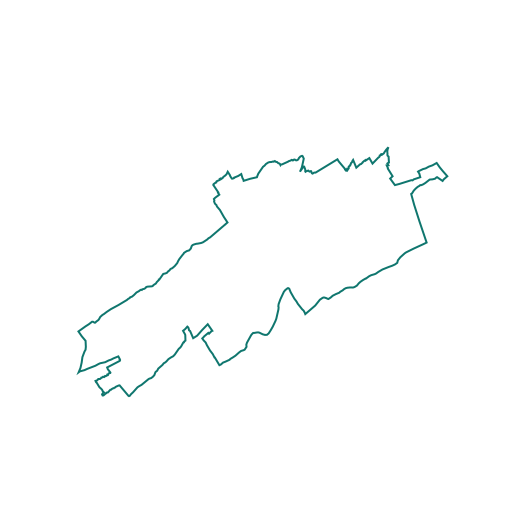 Coroiesti, Bacau, Romania (Equal Earth projection), rotated 249°
{"feature_id": "2599482B8243132142430", "entity_name": "Coroiesti", "entity_type": "district", "adm_level": 2, "iso_a3": "ROU", "parent_name": "Romania", "parent_adm1": "Bacau", "projection": "equal_earth", "projection_center": [27.499, 46.29], "detail": "fine", "context": "isolated", "style": "outline", "palette": "teal", "viewbox_px": 512, "rotation_deg": 249, "n_neighbors": 0, "source": "geoboundaries", "source_scale": "gbopen_adm2", "svg_char_len": 6073}
<svg xmlns="http://www.w3.org/2000/svg" viewBox="0 0 512 512"><g transform="rotate(249 256 256)"><path d="M310.9,381.1L310.2,380.1L309.2,379.3L308.6,377.9L307.3,377.0L307.2,376.5L306.6,376.1L306.4,375.0L306.1,374.5L304.8,374.1L304.5,373.8L304.1,373.1L304.7,372.9L304.8,372.5L303.3,372.1L303.0,371.6L303.9,371.1L303.6,370.6L304.8,370.1L305.1,370.4L314.7,367.1L317.1,366.7L312.5,341.5L312.8,341.0L313.0,339.9L312.7,339.0L312.7,338.2L313.4,337.8L315.4,337.9L315.6,337.7L315.5,336.4L315.7,336.1L317.0,335.4L317.1,333.2L316.9,332.4L317.4,332.3L318.7,332.9L319.7,333.0L322.2,333.0L322.4,332.7L322.5,332.5L319.5,328.0L319.6,327.9L321.8,330.1L323.1,331.1L329.8,335.5L332.5,335.3L333.0,334.9L333.0,333.2L332.2,331.4L331.5,330.5L331.0,330.1L330.7,328.6L330.9,327.7L332.2,326.7L332.3,326.1L332.0,325.2L332.0,324.9L332.4,324.9L332.4,324.3L333.0,323.6L332.7,322.6L332.8,320.4L332.6,319.9L332.2,313.3L332.4,311.8L332.1,311.4L333.5,311.3L334.2,310.7L334.6,310.1L336.2,309.3L336.7,308.4L337.9,307.6L337.7,306.6L337.9,306.4L337.8,306.1L338.2,305.3L338.2,304.2L338.8,302.4L338.9,300.9L338.3,298.2L337.3,296.4L336.8,294.6L332.1,287.7L330.2,285.9L329.2,285.1L330.2,278.1L330.6,271.4L332.0,271.6L333.4,271.3L337.8,271.6L337.1,268.1L337.0,263.7L336.7,263.6L336.6,263.0L336.6,261.9L336.9,261.2L339.5,260.6L341.0,260.6L344.8,259.8L342.8,257.7L341.9,255.4L341.6,254.0L340.8,252.9L340.4,251.4L340.9,251.3L341.1,250.8L340.9,249.8L340.3,249.9L340.0,249.5L339.9,246.3L339.7,245.7L338.9,245.3L338.8,243.9L338.3,242.2L337.8,242.0L337.6,241.6L328.9,243.6L328.7,243.2L326.4,243.7L325.0,238.7L324.3,237.1L322.9,237.1L321.9,236.4L320.2,236.4L319.1,236.6L317.8,237.3L316.2,237.3L311.9,238.8L303.9,240.0L297.5,241.4L289.8,219.7L289.6,218.0L288.9,216.4L287.8,211.4L287.8,209.5L288.4,206.1L288.8,204.6L289.0,201.9L288.9,200.7L288.4,199.6L286.3,197.8L285.2,195.6L285.4,193.1L284.7,189.9L284.2,189.4L283.1,187.4L280.6,183.3L279.1,181.4L277.6,179.9L275.7,176.5L274.6,173.4L274.6,172.3L274.4,171.3L273.8,170.4L273.4,169.6L273.3,168.8L272.2,166.7L272.2,165.2L272.5,163.0L268.8,157.5L268.9,156.9L268.4,156.7L267.2,154.0L266.2,152.7L265.6,149.9L265.0,148.8L265.0,147.9L266.2,144.0L266.4,142.5L265.8,141.5L265.4,140.1L265.6,138.4L265.6,137.9L265.2,137.2L265.7,136.6L265.7,135.9L265.1,133.9L264.8,131.4L263.3,128.1L262.5,125.7L262.5,123.6L262.0,123.0L261.8,121.4L261.2,119.7L259.5,110.0L258.4,101.5L257.3,96.6L256.3,93.2L256.0,91.5L254.9,88.7L253.5,87.1L252.7,85.9L252.0,83.3L251.4,82.1L251.6,81.4L253.1,80.2L253.4,79.4L252.2,75.5L251.4,71.6L249.2,63.2L243.4,64.6L237.9,66.5L232.2,64.6L229.6,63.3L228.3,61.7L223.8,57.7L218.9,55.0L214.4,52.0L211.0,48.8L211.4,50.2L210.9,55.0L211.1,58.1L211.1,66.7L211.6,70.3L211.7,72.1L210.9,77.1L211.3,81.1L211.2,83.7L211.5,86.1L211.6,91.5L208.3,91.9L208.2,91.6L207.2,91.6L206.9,91.2L205.3,77.1L203.4,77.1L199.4,78.3L199.0,78.0L199.2,76.4L199.0,76.0L198.0,75.3L197.9,75.0L198.4,74.5L197.9,74.1L197.7,72.8L198.1,72.1L197.5,71.3L197.4,70.7L198.1,70.0L197.7,68.7L197.9,68.1L197.6,67.8L197.1,66.3L197.7,64.7L196.9,63.4L196.9,61.4L195.4,61.5L195.2,61.8L189.6,62.8L187.5,63.9L186.2,64.4L184.9,64.4L183.3,65.1L182.9,64.0L182.0,62.7L180.8,62.8L180.5,63.6L181.1,65.4L181.6,66.3L181.5,67.0L182.0,67.6L181.7,68.9L183.3,72.0L183.1,72.8L183.5,73.7L183.7,75.3L183.5,75.8L183.7,76.2L183.7,77.2L184.1,78.0L184.2,79.1L184.3,81.4L184.1,82.3L171.2,86.8L170.7,87.2L170.7,88.0L171.8,89.8L172.8,92.3L175.9,98.3L176.4,100.6L176.7,102.9L179.6,111.6L179.7,112.5L179.6,114.4L180.2,116.4L181.2,118.4L183.4,120.3L183.8,120.9L184.3,122.6L185.9,124.4L187.8,129.6L188.9,131.4L189.2,133.3L189.8,134.8L191.1,137.3L191.8,140.4L192.1,142.8L193.1,144.9L197.0,150.6L197.7,152.5L198.5,153.8L201.2,157.0L201.5,157.6L201.3,157.9L202.0,158.6L202.3,159.8L207.4,161.6L208.1,161.7L212.3,161.1L213.2,163.8L214.7,166.6L214.2,166.9L213.0,167.2L210.6,166.9L209.6,167.6L201.8,167.9L202.7,172.5L206.2,179.2L209.6,186.5L201.8,188.4L201.8,187.6L200.3,184.3L201.3,183.9L199.5,178.7L199.2,178.3L198.3,176.3L195.9,176.9L193.3,178.0L190.4,178.2L184.3,179.2L179.9,180.5L176.1,180.9L176.0,181.2L167.2,182.7L167.3,184.4L168.3,187.0L168.3,189.6L168.6,194.2L169.1,195.1L169.6,198.0L170.3,201.1L172.0,205.6L172.7,208.1L172.5,210.6L172.6,211.8L174.6,214.6L176.7,215.2L178.3,216.5L183.6,222.8L184.3,223.8L185.2,225.8L184.8,226.8L184.3,229.4L183.9,230.7L183.2,231.7L180.5,234.2L179.1,236.1L178.5,238.0L179.2,240.1L181.4,243.1L184.0,246.3L188.4,250.9L190.2,252.5L198.1,257.8L200.2,258.8L201.0,258.8L203.0,259.9L206.8,263.2L212.6,269.2L213.7,271.1L214.6,274.0L214.3,274.8L213.5,275.3L209.7,275.4L202.5,276.5L199.0,277.5L196.4,277.9L189.7,280.0L187.9,280.9L185.6,281.2L184.1,281.2L188.5,293.5L192.3,300.0L193.0,302.9L193.1,303.9L192.7,305.0L191.5,306.5L190.3,307.6L189.9,308.2L190.5,311.0L191.4,313.3L191.8,316.8L191.9,320.6L192.4,321.7L192.9,324.7L193.5,326.3L193.8,328.2L193.6,330.0L192.9,332.6L191.8,335.3L191.7,336.8L192.2,339.6L193.7,342.2L194.5,344.3L195.2,347.2L195.7,350.2L195.5,350.4L196.6,354.5L196.8,356.7L196.5,360.3L196.6,361.8L197.3,364.5L198.1,369.2L198.2,376.0L198.1,379.6L198.3,382.7L199.0,385.4L201.1,386.9L203.1,390.3L205.2,395.8L205.6,397.5L206.4,405.8L207.1,416.7L207.4,420.1L229.8,421.0L247.0,422.0L258.3,423.1L258.6,424.2L260.5,426.7L261.7,429.2L262.6,431.7L262.9,433.6L263.3,434.7L262.9,435.7L263.0,437.8L263.5,440.3L265.1,445.5L264.3,448.3L264.0,450.8L264.7,452.7L264.7,453.3L259.2,457.1L260.3,458.8L261.9,463.2L268.4,460.8L272.9,459.3L278.1,458.0L277.4,453.2L277.5,449.4L277.0,445.8L277.3,443.0L276.9,438.4L276.7,437.5L274.4,438.0L270.7,437.6L271.0,430.7L270.5,429.3L271.1,428.2L271.9,415.6L272.4,411.1L280.2,409.0L281.5,412.1L290.4,410.4L290.8,410.7L293.7,410.5L293.3,412.1L295.3,411.8L295.6,412.8L295.6,413.6L301.3,415.4L302.5,414.8L303.3,414.9L304.6,415.5L306.2,415.9L308.1,416.9L310.1,418.6L308.6,415.7L307.0,413.3L306.0,412.1L305.4,409.9L306.1,409.8L306.2,409.6L306.2,409.2L305.6,408.7L305.5,407.5L304.7,407.2L304.3,406.6L304.0,405.4L300.5,397.9L306.8,396.9L305.8,392.6L306.3,392.6L306.0,391.1L305.3,389.2L305.0,389.0L304.2,387.0L304.3,386.0L302.5,381.3L310.9,381.1Z" fill="none" stroke="#0f766e" stroke-width="2"/></g></svg>